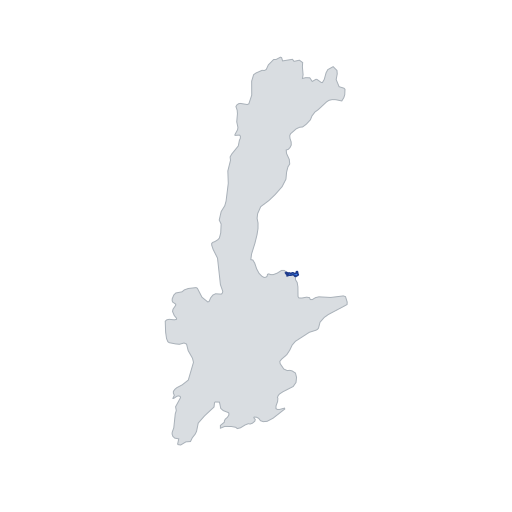 Hadxaifong, Vientiane [prefecture], Laos shown in context, rotated 223°
{"feature_id": "54806243B62960887748037", "entity_name": "Hadxaifong", "entity_type": "district", "adm_level": 2, "iso_a3": "LAO", "parent_name": "Laos", "parent_adm1": "Vientiane [prefecture]", "projection": "equal_earth", "projection_center": [102.809, 17.911], "detail": "fine", "context": "in_parent", "style": "filled", "palette": "blue", "viewbox_px": 512, "rotation_deg": 223, "n_neighbors": 0, "source": "geoboundaries", "source_scale": "gbopen_adm2", "svg_char_len": 5789}
<svg xmlns="http://www.w3.org/2000/svg" viewBox="0 0 512 512"><g transform="rotate(223 256 256)"><path d="M197.1,70.0L198.9,74.2L207.4,85.5L208.9,88.6L212.0,90.9L214.6,101.0L215.7,101.6L217.2,100.9L218.2,99.5L219.1,95.6L219.7,95.2L220.7,98.4L223.0,99.4L224.1,100.7L224.4,103.2L224.1,105.7L222.1,111.4L220.9,119.1L229.2,135.6L232.7,137.9L241.0,140.5L246.7,144.2L249.3,143.3L251.8,139.2L254.8,136.9L260.4,133.4L262.0,133.2L265.1,134.6L270.2,138.7L277.9,146.4L277.7,148.5L276.3,150.5L272.2,153.6L270.9,155.5L271.7,156.3L275.1,156.7L279.2,158.5L280.4,160.5L281.1,165.1L281.8,166.0L285.6,165.5L286.8,166.1L288.1,167.6L289.5,171.4L289.4,174.3L285.7,179.3L285.3,182.3L283.4,186.0L278.3,192.0L276.9,192.4L267.4,189.0L259.9,189.5L259.3,190.8L260.6,194.4L260.9,198.0L259.8,200.8L255.4,204.4L255.3,205.9L256.2,207.5L262.5,210.8L282.7,228.2L291.9,231.6L295.9,233.8L297.0,235.0L296.9,236.5L295.9,238.5L295.0,241.9L295.0,244.0L296.0,246.0L297.6,248.9L303.3,255.6L307.4,257.2L311.8,264.8L313.1,271.4L315.3,275.7L325.8,290.2L334.6,299.0L339.9,308.6L342.5,310.8L343.3,314.2L344.0,324.4L347.1,329.4L347.7,331.4L349.1,333.0L350.5,333.2L353.6,329.9L354.2,330.4L355.6,335.8L356.9,337.7L361.6,341.0L366.6,347.4L369.2,349.8L372.6,351.6L373.0,353.6L372.5,355.7L371.4,357.0L365.7,360.8L365.0,362.4L368.8,370.7L378.4,380.9L381.4,387.0L380.8,389.9L378.2,395.9L376.3,397.5L375.7,399.4L377.3,404.2L377.1,411.7L375.3,413.5L373.7,418.1L372.5,418.5L369.6,416.8L363.5,424.7L360.9,424.3L357.8,428.8L353.8,429.3L351.1,426.0L345.2,420.7L343.1,417.5L341.3,420.3L338.2,423.0L333.9,422.0L332.7,426.0L331.9,426.7L326.6,427.4L325.7,428.1L326.5,431.7L329.7,437.8L330.6,441.3L328.7,447.1L323.3,446.9L320.8,444.6L317.7,439.7L310.7,436.5L306.1,438.7L304.6,438.6L301.1,434.5L299.8,431.8L299.0,427.9L304.3,424.7L307.0,422.3L308.8,419.6L309.5,416.9L310.3,405.5L311.1,401.5L310.6,396.6L309.1,392.7L309.1,386.9L309.9,382.2L311.9,379.9L313.3,376.5L314.1,369.0L313.4,367.0L311.4,365.2L308.1,363.4L305.9,361.2L305.1,358.5L305.1,356.1L306.2,354.1L303.6,351.8L297.5,349.3L294.1,346.3L293.4,342.9L290.9,338.3L286.5,332.6L284.2,324.5L283.9,313.9L284.4,305.3L286.2,295.3L283.7,288.1L280.9,284.3L277.0,281.5L273.3,277.5L269.8,272.3L265.5,264.6L260.6,254.4L257.3,249.8L255.6,250.9L252.1,249.9L246.7,247.0L242.0,245.4L238.0,245.2L235.4,245.8L234.2,247.4L234.1,248.9L235.1,250.4L234.5,251.6L232.4,252.5L230.7,254.1L228.8,257.9L227.5,262.8L225.5,264.7L222.4,265.1L219.4,266.5L216.4,268.8L215.0,270.7L215.2,271.9L214.5,272.2L213.1,271.5L212.4,269.9L212.5,267.3L211.0,265.6L207.8,264.7L204.3,262.0L197.5,254.9L196.0,254.6L193.8,256.5L190.9,260.4L188.5,262.0L186.6,261.2L185.1,262.5L184.1,266.1L182.2,269.0L173.1,276.6L164.9,286.4L162.8,287.3L157.9,284.5L156.3,282.6L163.2,262.5L164.2,257.7L164.0,251.2L161.1,245.9L161.0,244.3L161.5,242.7L165.0,236.5L169.0,220.5L168.8,215.5L167.1,210.1L166.2,204.9L166.9,197.9L166.7,195.1L164.8,193.7L158.6,192.3L155.0,193.5L153.3,195.4L151.2,196.6L147.3,197.3L143.6,194.9L140.5,190.8L139.8,185.9L143.7,175.2L144.7,171.1L144.6,169.2L143.9,167.2L143.0,166.9L141.0,164.4L139.1,160.0L137.3,158.0L135.6,158.4L134.0,160.0L131.4,164.2L130.6,163.7L132.9,149.0L135.1,142.7L137.7,139.8L140.4,138.6L143.2,139.1L145.6,138.5L147.5,137.0L147.3,136.2L145.0,135.9L144.2,134.3L144.6,131.2L145.7,129.1L147.2,128.2L148.7,125.1L150.2,119.7L152.0,117.0L154.0,116.9L157.6,114.6L162.6,110.1L164.6,105.8L166.5,107.8L165.8,112.8L166.7,113.9L167.2,115.7L166.9,118.5L167.3,120.9L168.1,122.1L169.2,122.7L174.5,120.6L177.8,120.5L183.1,124.2L186.3,121.4L186.3,120.4L183.7,116.9L184.6,104.1L184.3,94.4L179.9,87.2L179.0,84.3L178.6,79.6L177.4,75.6L180.5,72.3L182.2,66.4L184.4,64.9L185.1,65.1L187.8,69.6L191.2,67.4L193.8,67.4L196.0,68.6L197.1,70.0Z" fill="#d9dde1" stroke="#a8b0b8" stroke-width="1"/><path d="M221.7,263.5L221.4,263.7L221.5,263.6L221.4,263.6L221.3,263.8L221.3,263.7L221.2,263.7L221.2,263.8L221.1,264.0L221.0,263.9L221.1,263.7L220.9,263.7L221.0,263.6L220.9,263.5L220.7,263.5L220.4,263.6L220.3,263.4L220.3,263.5L220.3,263.4L220.2,263.4L220.3,263.3L220.3,263.2L220.2,263.2L220.2,263.3L220.1,263.2L220.1,263.3L220.0,263.2L219.9,263.2L219.9,263.3L219.6,263.5L219.4,263.6L219.4,263.8L219.3,264.0L219.3,263.9L219.3,264.0L219.2,263.9L219.2,264.0L219.3,264.0L219.2,264.1L219.0,264.3L218.9,264.4L218.8,264.5L218.7,264.5L218.4,264.7L218.2,264.9L218.0,265.1L217.9,265.2L217.8,265.3L217.7,265.4L217.6,265.5L217.4,265.7L217.1,266.2L217.0,266.3L216.9,266.4L216.7,266.7L216.6,266.9L216.5,267.0L216.3,267.4L216.1,267.6L215.9,267.6L215.6,267.8L215.3,267.8L214.9,267.8L214.7,267.8L214.5,267.7L214.1,267.7L214.0,268.0L213.9,268.0L213.9,267.9L213.7,267.8L213.6,268.0L213.6,268.3L213.4,268.3L213.3,268.1L213.2,268.1L213.2,268.3L213.1,268.5L212.9,268.6L212.8,268.8L212.7,269.2L212.6,269.4L212.3,270.2L212.2,270.5L212.2,270.8L212.2,271.0L212.3,271.1L212.4,271.3L212.6,271.4L213.0,271.5L213.3,271.6L213.6,271.5L213.8,271.6L214.1,271.8L214.3,272.0L214.4,272.5L214.5,272.5L214.8,272.7L215.0,272.8L215.4,272.7L215.6,272.4L215.7,272.1L215.7,271.9L215.6,271.7L215.4,271.5L215.3,271.4L215.1,271.3L215.1,271.1L215.0,270.9L215.1,270.6L215.2,270.2L215.3,270.0L215.4,269.9L215.5,269.8L215.7,269.6L215.9,269.5L216.2,269.4L216.4,269.3L216.6,269.3L217.2,269.1L217.3,269.1L217.7,268.8L217.9,268.6L218.0,268.5L218.2,268.1L218.3,267.8L218.4,267.3L218.5,267.2L218.7,266.9L218.8,266.8L219.1,266.7L219.4,266.7L219.5,266.7L219.8,266.6L220.1,266.3L220.2,266.2L220.3,266.0L220.4,265.9L220.5,265.8L220.6,265.7L220.8,265.5L220.8,265.4L221.0,265.3L221.1,265.2L221.3,265.2L221.5,265.1L221.8,265.0L222.0,265.0L222.3,264.9L222.5,264.8L222.8,264.6L222.7,264.2L222.8,264.0L222.7,264.0L222.6,263.9L222.4,264.0L222.4,263.9L222.2,263.9L222.2,264.0L222.2,263.9L222.1,263.7L221.9,263.7L221.9,263.8L221.9,263.7L221.7,263.5L221.7,263.5Z" fill="#3b82f6" stroke="#1e3a8a" stroke-width="1.5"/></g></svg>